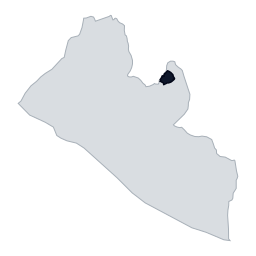 location of Sanniquellie Mahn, Nimba, Liberia
{"feature_id": "62588387B26498986950089", "entity_name": "Sanniquellie Mahn", "entity_type": "district", "adm_level": 2, "iso_a3": "LBR", "parent_name": "Liberia", "parent_adm1": "Nimba", "projection": "mercator", "projection_center": [-8.749, 7.383], "detail": "fine", "context": "in_parent", "style": "filled", "palette": "ink", "viewbox_px": 256, "rotation_deg": 0, "n_neighbors": 0, "source": "geoboundaries", "source_scale": "gbopen_adm2", "svg_char_len": 2894}
<svg xmlns="http://www.w3.org/2000/svg" viewBox="0 0 256 256"><path d="M18.2,103.4L21.0,101.0L25.2,93.2L31.0,85.8L36.5,81.4L40.8,76.9L45.3,73.4L51.9,69.3L61.8,58.6L64.2,57.4L65.8,50.0L68.3,40.6L71.2,37.6L78.0,35.9L79.6,34.3L82.0,27.6L83.5,19.9L83.7,18.2L86.3,18.0L90.9,16.3L93.6,17.1L94.7,19.3L95.4,21.2L109.2,16.4L110.5,15.4L111.2,15.5L112.9,19.9L113.9,19.6L114.8,18.4L115.7,18.2L116.8,18.8L117.9,20.9L119.6,22.7L122.6,24.0L124.5,25.7L124.3,30.4L125.1,34.9L126.4,35.9L127.1,38.6L127.4,41.6L128.1,43.2L128.6,46.1L128.4,49.3L128.9,51.6L131.1,55.5L132.5,60.4L132.5,63.9L131.7,67.5L130.3,70.8L127.7,74.5L127.5,75.9L129.0,76.9L131.3,77.0L133.3,76.3L138.2,78.0L140.8,80.4L143.0,83.3L145.0,84.8L146.0,86.7L149.5,86.2L153.5,84.4L154.3,83.5L155.5,84.0L158.2,84.2L160.0,80.9L161.5,77.2L164.6,73.2L166.1,71.6L166.5,69.0L166.7,65.7L167.8,62.8L170.4,61.2L173.2,61.2L174.8,61.8L175.5,64.6L177.8,66.8L179.7,68.2L180.7,68.8L182.3,70.5L183.9,76.1L189.9,94.3L189.6,99.4L188.4,102.6L188.3,105.8L187.9,109.0L184.3,114.2L173.4,124.8L174.3,125.8L176.9,127.0L179.5,127.6L181.7,127.3L184.4,129.9L187.3,133.2L190.4,135.0L194.8,136.5L198.7,136.7L202.0,136.1L206.7,136.8L211.7,139.5L213.4,144.1L214.6,148.0L216.4,150.0L216.6,153.5L220.1,156.5L225.2,157.1L231.7,160.6L233.4,160.4L234.1,160.0L234.9,160.7L236.5,170.9L237.8,176.3L237.1,178.5L236.2,180.2L236.2,188.4L233.2,193.2L232.8,198.3L231.9,200.0L228.8,201.5L228.7,205.5L227.9,210.3L227.6,215.4L228.5,228.8L228.6,238.8L230.0,240.6L223.9,239.8L205.8,232.2L191.9,227.8L145.2,202.9L132.2,192.9L117.3,178.0L84.0,148.0L76.4,143.1L66.9,140.8L61.0,138.2L56.8,135.5L53.4,127.1L45.1,122.2L29.7,115.1L18.2,103.4Z" fill="#d9dde1" stroke="#a8b0b8" stroke-width="1"/><path d="M163.8,84.6L165.2,83.9L165.5,83.8L166.3,83.4L166.6,83.2L167.6,82.8L168.5,82.9L169.4,82.6L169.6,82.5L169.8,82.5L170.4,82.2L170.5,82.2L171.2,81.9L171.5,81.6L172.1,81.2L173.0,80.4L173.5,80.0L173.7,79.8L173.3,79.7L173.3,79.4L173.8,79.0L174.4,78.8L174.5,78.3L173.8,77.3L173.3,76.4L173.1,76.1L173.1,75.3L172.8,74.6L172.5,74.2L172.1,73.9L171.9,73.7L170.9,72.6L170.3,72.2L169.5,71.7L169.0,71.4L167.7,70.8L167.4,70.9L167.2,71.2L166.9,71.5L166.5,71.8L166.4,72.0L166.2,72.2L166.2,72.5L165.8,72.7L165.7,72.9L165.5,73.2L165.2,73.2L165.2,73.4L165.0,73.6L164.9,73.8L164.7,73.6L164.4,73.8L164.3,74.0L164.4,74.3L164.4,74.5L164.1,74.9L164.2,75.1L164.1,75.6L163.9,75.8L164.0,76.1L163.9,76.1L163.7,75.9L163.5,76.0L163.5,75.8L163.2,76.1L163.2,75.9L162.8,75.9L162.9,76.2L162.9,76.3L162.5,76.4L162.4,76.6L162.4,76.4L162.2,76.2L162.1,76.5L162.0,76.8L162.0,77.1L161.7,77.1L161.6,77.5L161.5,77.8L161.4,77.9L161.4,78.1L161.0,78.4L160.7,79.0L160.3,79.3L160.1,79.6L160.1,79.8L160.3,80.0L160.5,80.3L160.7,80.5L160.5,80.9L160.5,81.0L160.4,81.1L160.6,81.3L160.9,81.4L161.0,81.6L160.9,81.6L161.6,82.0L162.2,82.3L162.6,82.5L163.1,82.8L163.6,83.4L163.6,84.1L163.7,84.6L163.8,84.6Z" fill="#0f172a" stroke="#020617" stroke-width="1.5"/></svg>